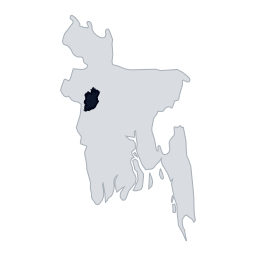 Natore, Rajshahi, Bangladesh shown in context
{"feature_id": "16705992B43065208682222", "entity_name": "Natore", "entity_type": "district", "adm_level": 2, "iso_a3": "BGD", "parent_name": "Bangladesh", "parent_adm1": "Rajshahi", "projection": "equal_earth", "projection_center": [89.103, 24.393], "detail": "fine", "context": "in_parent", "style": "filled", "palette": "ink", "viewbox_px": 256, "rotation_deg": 0, "n_neighbors": 0, "source": "geoboundaries", "source_scale": "gbopen_adm2", "svg_char_len": 7520}
<svg xmlns="http://www.w3.org/2000/svg" viewBox="0 0 256 256"><path d="M90.4,189.4L90.4,182.3L86.6,168.3L86.8,166.8L86.0,160.0L85.0,156.3L84.6,152.3L86.8,146.6L85.9,145.7L80.9,143.9L80.3,142.5L81.4,136.9L77.8,131.5L76.3,127.6L80.2,114.8L81.2,105.9L80.9,104.2L78.5,102.2L74.4,101.4L71.4,99.8L69.7,97.3L68.3,96.2L66.5,97.0L64.1,96.0L62.2,93.5L60.6,90.5L61.3,87.2L64.3,79.4L65.4,79.1L68.1,80.6L69.1,80.6L70.8,77.5L73.2,68.8L81.6,69.5L83.7,69.2L85.8,68.5L86.9,67.4L87.5,66.0L87.3,64.8L84.7,63.1L83.7,61.9L83.0,58.4L82.3,57.1L77.2,56.9L74.6,55.3L73.1,53.8L70.6,49.0L67.4,45.5L64.3,44.7L63.2,43.5L62.5,41.7L62.9,39.1L64.5,34.0L72.8,23.1L73.1,21.9L72.7,20.5L70.3,18.8L70.1,17.9L70.8,15.6L72.2,15.4L75.1,17.4L78.0,20.8L79.8,23.8L79.8,26.1L82.1,26.6L84.0,27.7L86.0,27.3L87.2,27.9L88.1,27.7L88.4,26.4L86.8,22.9L87.6,21.5L89.5,21.6L90.9,22.9L91.9,25.5L92.1,29.6L94.3,33.3L97.3,35.9L99.6,37.1L102.4,38.0L104.8,37.2L106.0,34.6L105.5,32.3L105.8,30.2L106.8,29.1L108.3,29.1L109.4,30.8L112.7,39.6L112.0,43.6L112.8,54.4L112.0,61.5L112.5,64.2L113.0,64.7L118.0,66.0L125.1,68.9L130.6,69.9L155.3,69.2L160.7,70.6L177.2,69.5L181.7,71.8L186.6,75.5L189.4,78.2L189.9,79.8L189.6,81.2L188.7,81.9L187.0,81.9L183.1,80.1L182.4,80.7L182.4,84.9L179.3,95.7L178.9,99.0L177.8,100.3L174.6,101.0L172.5,107.3L171.6,108.1L169.4,106.7L168.1,106.9L166.4,107.5L164.7,109.0L163.6,110.8L162.3,111.4L157.7,111.3L156.8,114.2L153.8,118.0L151.8,128.1L151.9,131.2L154.5,139.3L156.4,149.8L157.1,150.9L158.0,151.0L158.0,146.2L158.8,145.6L159.9,146.1L162.1,152.6L163.4,154.2L165.3,154.7L167.5,153.7L169.1,151.8L169.8,149.8L169.1,142.7L170.2,139.8L173.9,135.5L174.4,134.2L174.1,127.1L175.6,126.9L177.5,127.5L179.9,125.8L180.6,125.7L181.6,127.5L183.3,127.2L186.0,141.3L186.3,151.2L187.0,156.7L187.9,157.9L190.8,166.2L193.7,195.4L194.2,214.0L195.4,220.3L194.5,221.7L193.5,222.0L192.7,219.8L186.5,215.1L185.0,215.6L182.9,218.3L182.1,220.8L182.5,224.4L183.2,227.9L184.7,230.0L184.8,232.2L186.5,240.6L186.0,240.6L182.7,233.0L178.5,225.5L177.1,212.1L177.0,205.4L174.2,197.7L171.5,184.1L172.6,179.3L170.7,181.4L167.6,173.3L162.7,165.3L161.3,161.8L161.3,158.4L159.2,161.8L156.4,164.3L153.6,167.9L151.7,169.0L145.7,169.7L142.2,164.8L137.2,152.9L136.5,150.2L137.2,143.2L136.0,136.6L135.6,130.8L134.7,131.3L134.4,132.9L134.6,135.4L134.2,137.4L125.9,136.1L129.4,139.6L133.3,140.4L135.3,143.5L135.4,148.7L131.7,151.8L132.0,154.4L134.2,157.6L131.5,158.5L130.8,160.6L130.8,163.6L132.7,168.2L132.3,170.0L135.5,176.0L136.1,178.9L135.4,182.9L128.6,191.2L126.6,197.0L124.9,199.8L122.8,200.3L120.3,197.5L120.2,194.6L120.7,192.4L124.3,186.9L122.3,187.7L116.8,192.2L115.8,188.5L115.0,185.1L115.0,181.0L117.7,174.8L114.7,177.9L113.8,181.7L114.2,186.3L113.8,189.5L112.7,193.7L111.1,196.2L108.4,197.9L107.3,200.4L105.5,202.2L104.9,193.7L103.0,182.3L102.6,184.7L103.6,191.8L103.6,196.4L102.1,200.1L99.3,204.0L97.1,204.6L95.8,204.0L91.7,198.1L91.3,192.5L90.4,189.4ZM140.9,189.6L135.8,190.9L133.2,190.5L138.0,180.2L137.8,175.6L137.1,171.9L134.6,168.9L134.5,166.7L133.3,163.8L132.8,160.3L135.5,159.2L137.7,161.2L138.5,165.1L139.6,168.0L143.5,174.1L143.4,177.8L142.4,186.8L140.9,189.6ZM151.8,186.2L148.7,188.9L149.6,172.7L152.0,178.7L152.6,182.0L151.8,186.2ZM163.6,178.1L162.3,179.2L161.0,178.2L159.3,174.4L160.1,169.6L160.6,168.9L162.6,173.8L163.6,178.1ZM175.3,212.4L173.5,212.6L172.7,211.4L173.1,209.8L172.6,204.5L174.8,204.0L175.7,208.4L175.3,212.4ZM173.3,197.6L172.0,202.9L171.4,200.5L172.3,195.9L173.3,197.6ZM136.8,155.4L137.3,157.0L134.5,154.9L133.7,153.3L135.0,152.5L136.8,155.4Z" fill="#d9dde1" stroke="#a8b0b8" stroke-width="1"/><path d="M92.9,88.3L92.8,88.8L92.9,89.2L92.8,89.3L92.9,89.5L92.7,89.6L92.4,89.6L92.5,89.8L92.4,89.8L92.4,90.0L92.1,90.0L91.9,90.1L91.8,90.3L91.7,90.3L91.9,90.5L91.9,90.8L91.8,91.1L91.7,91.3L91.8,91.3L91.7,91.5L91.8,91.5L91.7,91.6L91.7,91.8L91.9,92.0L92.0,92.1L91.9,92.3L92.0,92.5L91.9,92.6L91.9,93.0L91.8,93.3L91.7,93.4L91.7,93.6L91.8,93.8L91.6,94.0L91.5,93.8L91.4,93.7L91.4,93.9L91.3,94.0L91.2,94.2L90.8,94.2L90.7,94.0L90.1,93.7L89.9,93.7L89.7,93.2L89.4,93.5L89.2,93.5L89.1,93.3L89.3,93.1L89.2,92.9L88.7,92.6L88.5,92.4L88.2,92.3L88.1,92.1L87.9,92.2L87.8,92.7L87.9,92.9L87.9,93.4L87.8,93.6L87.5,93.7L87.4,93.7L87.2,94.1L86.6,93.7L86.6,93.8L86.4,93.9L86.3,94.0L86.1,94.0L85.9,94.1L86.0,94.5L85.7,94.4L85.5,94.5L85.4,94.7L85.5,94.7L85.5,94.8L85.7,94.7L85.9,94.7L86.0,94.8L86.0,95.0L86.4,94.9L86.5,94.9L86.8,94.8L86.9,95.0L86.7,95.3L86.8,95.4L86.5,95.3L86.4,95.4L86.4,95.5L86.2,95.5L86.1,96.0L85.9,96.0L85.9,96.3L86.0,96.8L86.0,97.0L85.9,97.0L86.1,97.4L86.1,97.5L85.9,97.8L86.0,97.9L86.0,98.3L86.1,98.6L86.0,98.9L86.1,99.1L85.9,99.7L85.7,99.9L85.9,100.2L85.8,100.8L85.8,100.7L85.6,100.7L85.5,100.8L85.5,100.7L85.4,100.7L85.4,100.8L85.2,100.9L85.3,100.9L85.2,101.0L85.0,100.8L84.9,100.8L84.7,101.1L84.7,101.5L84.6,102.2L84.5,102.5L84.7,102.8L84.7,103.0L84.9,103.1L85.0,102.8L85.4,103.2L85.4,103.5L85.6,103.4L86.1,103.6L86.0,104.4L86.1,104.5L86.2,104.9L86.5,105.0L86.5,105.5L86.4,105.5L86.2,105.7L85.9,105.7L86.0,105.9L85.9,106.0L85.7,106.0L85.4,106.1L85.4,105.8L85.4,105.7L85.3,105.8L85.2,106.1L85.2,106.5L85.3,106.5L85.1,106.8L85.2,107.0L85.3,107.1L85.3,107.4L85.1,107.5L85.2,107.8L85.1,108.1L84.9,108.2L84.9,108.4L85.0,108.6L85.3,108.5L85.8,108.6L85.9,108.8L85.8,109.0L86.1,109.0L85.8,109.1L85.5,109.8L85.2,109.8L85.0,110.1L85.0,110.5L84.9,110.5L85.0,110.6L85.5,110.4L85.5,110.8L85.3,111.0L85.5,110.9L86.4,110.5L86.3,110.2L86.2,110.2L86.3,110.0L86.7,109.9L86.6,110.0L86.6,110.3L87.2,109.8L87.5,110.0L88.6,110.2L89.1,110.3L89.2,110.1L89.2,109.9L89.2,109.6L89.0,109.4L89.3,109.5L89.4,109.3L88.8,109.3L89.3,109.2L89.1,109.1L88.9,108.9L89.1,108.7L89.5,108.6L89.7,108.3L89.8,108.3L89.9,108.5L89.9,108.8L89.9,109.2L90.1,109.4L90.3,109.5L90.4,109.4L90.4,109.2L90.6,109.0L90.9,109.1L91.3,108.9L91.3,108.4L91.4,108.5L91.6,108.7L91.7,108.8L91.9,108.7L92.1,108.7L92.2,108.4L92.7,108.4L92.6,108.2L93.0,108.4L93.5,108.3L93.5,108.2L93.6,107.9L93.7,107.7L94.0,107.1L94.3,107.0L94.5,107.2L94.7,106.9L94.8,106.8L95.0,106.9L95.2,106.7L95.4,106.2L95.3,105.8L95.4,105.7L95.5,105.8L95.6,105.4L95.8,105.4L95.9,105.0L95.9,104.9L95.7,104.9L95.7,104.6L95.8,104.5L95.9,104.2L96.3,104.3L96.4,104.0L96.6,103.7L96.7,103.4L96.9,103.4L97.0,103.0L97.3,102.8L97.2,102.5L97.3,102.0L97.5,102.0L97.6,101.9L97.9,101.9L98.1,101.6L98.1,101.4L98.2,101.2L97.8,100.9L97.6,100.6L97.4,100.7L97.3,100.3L97.1,100.1L97.3,99.9L97.3,99.3L97.2,99.2L97.2,98.8L97.2,98.5L96.8,98.3L96.7,98.3L96.3,98.4L96.1,98.3L96.1,98.1L96.2,97.9L96.3,98.0L96.4,97.8L96.5,97.8L96.5,97.7L96.6,97.8L96.9,97.5L97.0,97.2L97.2,96.9L97.1,96.7L97.2,96.4L97.2,96.2L97.3,96.1L97.5,95.9L97.6,95.5L97.8,95.5L97.8,95.2L98.0,95.1L98.1,94.9L98.2,94.7L98.3,94.5L98.3,94.3L98.4,94.2L98.5,94.1L98.6,93.9L98.7,93.7L98.7,93.4L98.8,93.2L98.7,93.2L98.7,92.9L98.6,92.7L98.4,92.5L98.5,92.4L98.4,92.4L98.4,92.0L98.5,91.8L98.5,91.6L97.9,91.6L97.8,91.3L97.8,91.0L97.5,91.0L97.6,90.8L97.5,90.7L97.2,90.5L96.9,90.6L96.7,90.4L96.4,90.4L96.4,90.5L96.3,90.8L96.1,90.8L96.1,91.0L96.3,91.0L96.3,91.4L96.0,91.5L95.9,91.8L95.8,92.0L95.5,92.4L95.4,92.1L95.2,91.6L95.2,91.1L94.9,91.4L94.8,91.1L94.6,91.0L94.7,90.9L94.8,90.9L94.7,90.5L94.9,90.5L95.0,90.2L94.8,90.2L94.8,89.9L94.7,90.0L94.5,89.7L94.4,89.6L94.2,89.7L94.1,89.9L93.9,90.2L94.0,90.3L93.9,90.4L93.9,90.7L93.8,90.8L93.5,90.8L93.3,90.9L93.4,90.7L93.2,90.7L93.1,90.4L93.0,90.2L92.9,89.9L93.0,89.8L92.9,89.4L93.0,89.3L93.2,89.0L93.1,88.8L93.4,88.7L93.4,88.9L93.5,88.9L93.8,88.8L93.7,88.6L93.7,88.3L93.5,88.2L93.4,88.2L93.3,88.4L93.1,88.5L93.0,88.2L92.9,88.3Z" fill="#0f172a" stroke="#020617" stroke-width="1.5"/></svg>